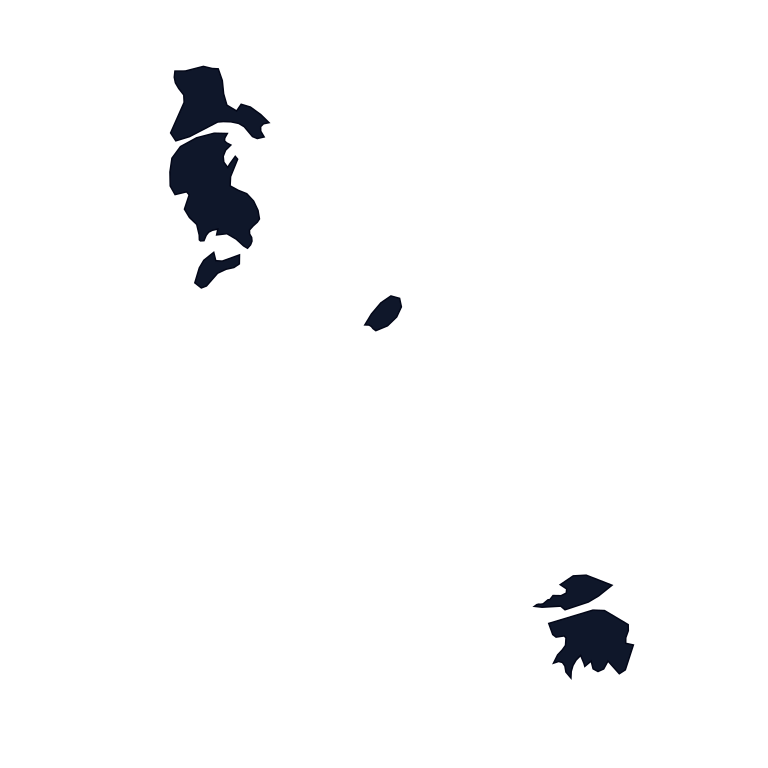 the Province of Central, rotated 230°
{"feature_id": "SLB-1262", "entity_name": "Central", "entity_type": "Province", "adm_level": 1, "iso_a3": "SLB", "parent_name": "Solomon Islands", "parent_adm1": "", "projection": "natural_earth1", "projection_center": [159.827, -9.067], "detail": "fine", "context": "isolated", "style": "filled", "palette": "ink", "viewbox_px": 768, "rotation_deg": 230, "n_neighbors": 0, "source": "natural_earth", "source_scale": "10m", "svg_char_len": 2151}
<svg xmlns="http://www.w3.org/2000/svg" viewBox="0 0 768 768"><g transform="rotate(230 384 384)"><path d="M585.3,377.5L581.3,376.8L578.3,374.7L576.4,371.3L575.7,366.7L580.1,365.2L589.9,363.9L600.1,360.3L605.8,351.6L609.5,356.3L612.1,351.3L613.0,347.3L612.2,343.4L609.5,338.2L611.6,335.4L613.1,335.2L616.9,338.2L626.6,343.1L636.6,342.0L646.2,343.5L654.1,356.3L658.1,356.3L663.4,345.7L673.1,347.5L684.0,356.3L693.3,366.7L696.7,380.7L693.1,398.6L685.3,415.1L676.6,425.0L674.8,420.2L672.9,418.2L670.0,418.4L665.5,420.3L664.9,412.9L661.8,407.2L656.9,403.9L650.3,403.5L651.6,406.9L654.0,416.4L650.3,416.4L641.5,399.8L634.7,393.5L626.2,396.8L618.0,401.2L607.9,401.7L598.0,399.1L590.5,394.7L589.4,391.0L589.2,385.3L588.4,379.9L585.3,377.5ZM670.9,442.3L677.0,440.2L683.2,435.3L688.3,429.6L691.6,425.0L698.5,394.0L704.1,380.8L713.5,381.9L728.2,411.9L734.1,416.4L742.3,416.7L748.8,417.8L753.8,420.5L758.1,425.0L751.5,432.9L743.4,449.8L736.1,455.2L732.0,459.6L720.4,455.2L709.4,447.7L698.6,442.9L687.9,446.6L690.1,454.4L682.0,459.7L669.5,462.8L658.1,463.9L660.8,458.9L660.4,454.9L656.9,452.1L650.3,451.0L653.5,444.7L658.1,442.3L670.9,442.3ZM79.5,353.1L83.6,352.2L94.7,356.3L76.5,398.7L68.7,407.3L42.7,416.4L38.0,412.6L34.2,406.1L30.0,402.5L23.8,407.3L9.9,385.1L10.8,378.0L27.8,377.5L24.5,369.1L26.2,363.1L31.4,361.1L38.6,364.6L38.6,356.3L41.2,357.5L49.7,360.2L49.0,353.6L46.9,347.8L43.4,342.6L38.6,338.2L46.4,338.2L51.7,341.3L56.0,341.7L59.2,339.4L61.2,334.4L64.9,342.9L65.7,349.6L67.1,355.0L72.5,360.2L75.2,360.1L79.5,353.1ZM94.7,377.5L100.2,376.6L111.4,361.6L117.0,356.3L116.8,359.2L116.0,360.9L114.6,362.4L113.3,364.6L113.3,370.9L112.2,372.5L113.3,377.5L108.0,383.6L106.7,389.3L109.6,392.2L117.0,390.0L115.4,405.6L107.6,416.0L83.3,429.3L83.7,412.2L85.6,400.4L94.7,377.5ZM575.8,356.3L569.0,350.4L569.7,343.9L573.5,336.6L575.8,327.7L573.2,311.0L575.0,305.8L583.1,304.1L591.7,317.2L594.6,325.5L594.3,338.2L586.6,334.4L582.1,339.1L575.8,356.3ZM439.6,451.0L431.9,446.9L427.2,436.8L426.3,424.1L430.1,412.0L433.5,411.2L436.1,411.3L438.7,410.5L441.6,407.3L445.7,419.4L448.2,433.8L447.0,445.9L439.6,451.0Z" fill="#0f172a" stroke="#020617" stroke-width="1.5"/></g></svg>